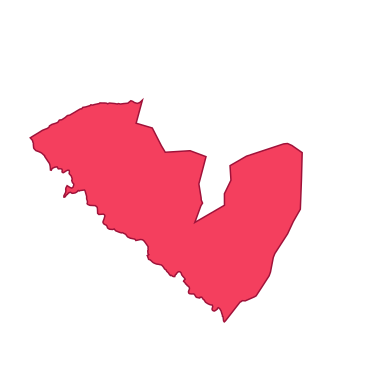 Abejones, Oaxaca, Mexico, rotated 150°
{"feature_id": "50627088B68012167176325", "entity_name": "Abejones", "entity_type": "district", "adm_level": 2, "iso_a3": "MEX", "parent_name": "Mexico", "parent_adm1": "Oaxaca", "projection": "mercator", "projection_center": [-96.608, 17.49], "detail": "fine", "context": "isolated", "style": "filled", "palette": "rose", "viewbox_px": 384, "rotation_deg": 150, "n_neighbors": 0, "source": "geoboundaries", "source_scale": "gbopen_adm2", "svg_char_len": 4406}
<svg xmlns="http://www.w3.org/2000/svg" viewBox="0 0 384 384"><g transform="rotate(150 192 192)"><path d="M228.5,78.0L228.3,78.4L227.6,78.7L226.9,78.6L226.3,76.8L226.3,74.5L227.0,71.6L227.2,70.3L227.8,69.0L227.5,68.4L229.1,64.6L229.0,63.4L228.2,63.5L227.2,63.8L205.5,72.6L204.6,72.5L202.7,72.7L200.3,71.1L190.4,70.0L188.4,70.0L179.3,74.6L167.2,80.8L164.1,83.4L154.3,94.7L151.0,97.3L130.1,108.0L119.0,115.8L106.8,122.9L106.1,124.0L90.7,148.5L76.9,171.0L82.2,182.3L85.0,186.2L86.9,187.1L88.8,187.9L126.9,195.8L145.9,195.8L152.4,182.7L164.8,174.3L170.5,164.3L204.8,164.2L191.1,175.7L188.4,177.1L188.0,180.4L186.9,182.7L182.0,195.6L162.2,215.6L173.0,228.7L195.3,239.8L195.4,247.4L194.4,267.3L206.0,279.5L189.0,296.4L191.2,295.9L192.8,295.6L195.1,296.1L197.1,298.2L198.0,300.1L199.3,301.6L203.2,301.0L207.1,302.8L209.9,303.9L211.7,305.5L212.7,305.5L214.6,307.2L219.0,310.3L221.0,310.6L221.6,311.6L222.8,312.5L227.3,315.2L228.1,315.0L233.0,316.6L234.5,316.9L236.1,318.1L237.1,317.8L241.8,318.9L244.3,319.9L245.9,319.2L247.3,319.8L249.1,319.8L259.4,319.7L261.7,320.5L264.7,319.9L268.7,319.7L270.9,320.6L273.5,319.4L275.6,319.7L279.5,320.6L282.4,320.5L283.0,319.8L285.3,319.4L287.8,319.8L290.7,320.2L302.6,319.9L305.0,319.8L304.6,317.7L304.4,316.6L304.6,315.6L304.8,314.9L305.1,313.2L305.7,312.4L307.1,309.3L307.1,308.3L306.5,305.9L304.3,303.3L302.8,301.1L301.5,297.0L301.8,296.5L301.4,290.5L301.2,288.1L301.5,286.6L302.1,284.8L303.6,281.8L303.0,281.2L301.3,282.3L298.5,282.1L296.3,281.3L296.2,278.9L294.0,277.7L293.3,276.8L293.4,275.7L294.0,275.2L294.5,274.3L294.2,273.4L293.6,273.0L289.7,273.2L288.4,272.9L287.6,272.1L287.9,271.1L289.2,269.3L288.6,266.2L289.2,263.2L290.4,262.1L290.8,259.8L290.4,258.2L290.8,257.3L292.6,255.7L294.2,255.5L295.3,256.8L297.0,259.9L299.0,258.7L300.0,257.6L300.5,256.3L301.7,254.8L304.7,252.9L305.5,251.7L304.8,251.2L303.7,251.5L302.7,252.1L301.1,252.3L300.3,252.6L299.5,252.9L298.5,252.8L297.3,252.5L296.5,250.8L295.0,250.1L293.5,249.6L291.7,249.6L289.8,250.2L289.3,249.3L288.5,249.3L284.1,247.5L284.0,246.7L285.4,241.0L286.7,238.7L287.0,237.1L287.3,236.1L287.8,235.2L288.7,234.3L288.4,233.2L287.1,231.5L282.5,228.5L281.7,226.1L282.6,224.1L284.4,220.7L283.9,219.1L282.0,218.2L279.9,217.2L279.2,216.1L279.4,214.8L281.7,212.6L283.9,210.8L284.4,209.9L284.2,208.1L282.8,206.0L282.7,205.0L283.1,203.1L282.5,201.7L281.9,200.9L279.5,199.2L277.9,198.9L277.5,196.6L275.1,193.5L273.6,191.9L272.6,191.6L270.5,188.4L270.5,187.3L270.2,185.3L268.5,182.8L265.2,179.9L264.9,179.2L264.9,178.1L262.2,177.2L260.5,176.7L258.7,175.4L258.0,173.5L257.8,171.9L257.3,166.3L258.1,165.6L258.6,164.2L259.7,163.2L261.0,160.5L260.8,159.3L262.6,159.3L262.6,158.3L262.9,157.4L262.9,156.9L262.9,156.6L263.1,156.2L263.2,155.8L263.2,155.4L262.9,154.9L262.1,154.0L261.1,150.7L260.4,149.4L258.8,147.4L256.9,145.9L255.9,144.9L255.2,144.4L254.8,143.7L254.5,142.5L254.3,141.3L254.2,139.1L254.0,138.6L253.8,138.1L253.4,137.5L253.5,136.5L253.5,135.9L253.2,134.9L253.0,134.2L252.9,133.9L252.8,132.2L252.6,131.0L252.4,130.4L251.8,130.4L251.2,129.4L250.8,128.6L250.5,128.2L250.0,127.8L249.6,127.6L249.2,127.4L248.6,128.0L248.2,128.3L247.7,128.6L246.9,128.7L246.0,129.2L244.7,129.6L243.7,129.7L243.2,129.6L242.7,129.2L242.4,128.9L242.2,128.6L242.1,128.4L242.0,127.7L241.9,127.2L242.0,126.6L242.1,126.3L242.2,126.0L242.3,125.1L242.2,124.7L242.1,124.3L242.1,123.9L242.1,123.5L241.9,123.1L241.8,122.2L241.5,121.1L241.5,120.3L241.6,120.1L241.6,119.8L241.8,119.7L242.2,119.7L242.5,119.7L243.5,119.3L243.8,119.1L244.0,118.9L244.0,118.7L243.7,118.2L243.6,117.7L243.5,117.3L243.3,116.2L243.5,116.0L243.5,115.6L243.2,115.2L242.9,114.5L242.8,114.2L243.0,113.6L242.8,113.0L242.5,112.6L242.2,112.1L242.1,111.3L242.1,110.5L242.4,109.8L242.8,109.2L243.3,108.8L244.1,108.2L244.6,107.7L245.0,107.3L245.2,106.7L245.3,106.1L245.3,105.8L245.2,105.6L244.9,105.1L244.4,104.7L243.0,103.7L241.9,103.2L241.4,102.8L241.0,101.0L241.1,99.4L240.5,98.2L240.0,97.8L239.5,97.4L239.0,96.9L238.8,96.6L238.3,96.4L238.2,96.6L237.9,96.8L237.6,96.8L236.6,96.3L236.2,96.1L236.1,95.5L236.0,94.7L236.0,93.6L235.6,92.8L235.4,92.4L235.5,91.8L235.4,90.9L235.4,89.9L234.9,88.8L234.4,87.8L233.9,87.0L233.2,86.0L232.6,85.3L231.9,84.7L231.1,84.1L231.0,83.8L231.3,82.6L231.4,82.4L231.6,82.1L232.2,81.6L232.4,81.4L232.9,80.9L233.2,80.6L233.3,80.1L233.4,79.6L233.2,78.9L232.6,78.1L232.0,77.7L230.5,77.7L228.5,78.0Z" fill="#f43f5e" stroke="#9f1239" stroke-width="1.5"/></g></svg>